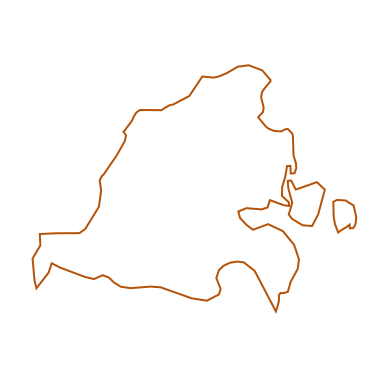 an SVG outline of Valle, rotated 267°
{"feature_id": "HND-645", "entity_name": "Valle", "entity_type": "Department", "adm_level": 1, "iso_a3": "HND", "parent_name": "Honduras", "parent_adm1": "", "projection": "mercator", "projection_center": [-87.601, 13.55], "detail": "fine", "context": "isolated", "style": "outline", "palette": "amber", "viewbox_px": 384, "rotation_deg": 267, "n_neighbors": 0, "source": "natural_earth", "source_scale": "10m", "svg_char_len": 1805}
<svg xmlns="http://www.w3.org/2000/svg" viewBox="0 0 384 384"><g transform="rotate(267 192 192)"><path d="M93.7,215.5L88.3,213.5L82.7,201.2L85.8,186.2L98.5,155.6L99.7,145.7L99.2,125.6L101.1,116.0L105.7,109.4L111.0,104.4L113.6,98.5L110.2,89.5L112.8,80.7L123.5,56.1L128.2,48.2L118.9,44.5L104.0,31.6L112.2,30.1L133.9,29.3L146.7,37.8L158.0,37.8L157.9,53.8L156.8,77.4L160.7,83.5L182.2,98.3L198.4,101.4L208.1,100.4L209.9,101.2L212.4,102.7L214.0,104.6L232.7,118.9L246.5,127.6L251.9,129.1L255.9,126.7L257.0,128.0L266.2,135.7L270.7,138.0L274.3,140.6L276.6,144.3L275.3,165.8L277.7,169.8L279.8,174.2L280.4,177.8L288.0,194.3L306.8,208.4L305.1,219.6L305.9,224.6L308.8,232.8L314.7,244.2L315.6,255.2L309.8,268.5L299.1,276.7L299.2,276.8L291.4,269.6L287.8,267.0L283.0,266.0L272.4,268.0L268.2,267.1L263.2,262.0L254.2,268.6L251.4,271.5L248.8,276.8L247.8,284.1L249.6,288.0L250.0,290.9L244.9,295.3L241.6,295.7L223.3,295.3L215.1,297.3L210.4,297.4L205.3,295.3L205.3,291.6L212.9,291.6L212.9,288.2L202.9,286.1L192.6,282.4L183.4,281.6L176.6,288.2L173.0,288.2L174.0,282.9L179.8,269.4L172.6,266.6L171.0,260.6L173.0,245.4L170.1,237.2L163.6,238.6L156.2,244.8L151.1,250.9L155.9,266.3L148.2,280.7L133.9,291.2L119.1,295.3L109.6,293.5L97.3,285.9L87.3,282.5L86.4,278.8L86.4,275.1L84.6,273.4L79.4,273.2L75.9,272.3L68.4,269.5L109.9,250.5L119.0,240.1L120.2,233.2L119.3,226.0L116.6,219.5L112.5,214.8L104.8,211.8L93.7,215.5ZM171.0,289.9L176.2,291.5L190.4,288.4L198.2,288.2L198.2,291.6L189.0,295.8L195.3,317.2L187.4,324.8L163.0,316.8L151.7,310.1L153.0,300.7L159.9,290.5L164.6,287.4L171.0,289.9ZM174.8,332.6L176.5,336.5L175.5,344.9L170.0,352.7L158.3,354.7L151.9,353.7L149.7,352.8L147.5,351.0L147.5,347.7L151.1,347.7L149.1,344.8L145.9,338.8L143.9,335.9L152.4,333.1L159.2,332.2L174.8,332.6Z" fill="none" stroke="#b45309" stroke-width="2"/></g></svg>